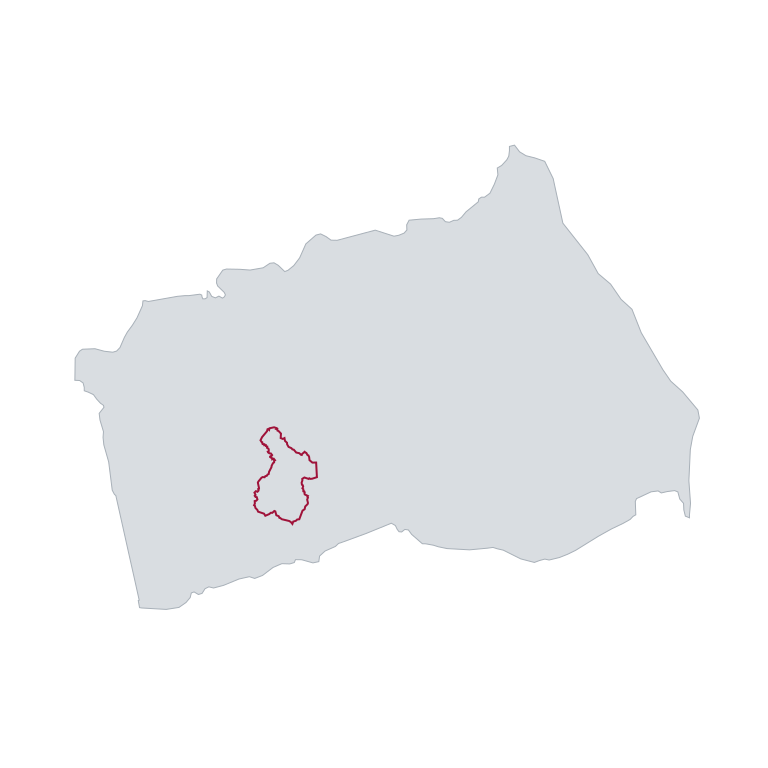 location of West Gonja, Northern, Ghana, rotated 258°
{"feature_id": "2480657B54445116346139", "entity_name": "West Gonja", "entity_type": "district", "adm_level": 2, "iso_a3": "GHA", "parent_name": "Ghana", "parent_adm1": "Northern", "projection": "mercator", "projection_center": [-1.753, 9.223], "detail": "medium", "context": "in_parent", "style": "outline", "palette": "rose", "viewbox_px": 768, "rotation_deg": 258, "n_neighbors": 0, "source": "geoboundaries", "source_scale": "gbopen_adm2", "svg_char_len": 4557}
<svg xmlns="http://www.w3.org/2000/svg" viewBox="0 0 768 768"><g transform="rotate(258 384 384)"><path d="M473.5,87.3L479.4,93.0L480.7,96.3L478.6,108.6L474.2,117.2L471.5,125.3L471.8,129.3L474.5,133.3L483.5,139.7L488.2,143.8L493.7,150.0L500.0,156.1L510.8,164.0L515.4,165.5L515.2,167.7L513.7,170.7L512.7,200.2L511.8,207.8L511.0,211.6L510.1,222.6L508.9,224.2L506.9,224.1L505.0,224.5L504.5,226.7L505.3,228.9L511.8,230.5L510.4,232.2L505.5,233.7L503.3,237.0L504.3,240.8L501.6,243.8L502.4,245.9L504.1,247.4L506.8,246.8L514.4,241.7L517.6,241.2L521.6,242.2L528.9,250.0L529.2,253.8L526.2,266.7L523.3,276.7L522.8,290.0L525.8,297.5L525.4,301.6L522.1,305.2L514.6,310.3L515.2,313.8L518.6,320.4L524.9,327.7L537.3,336.7L543.8,348.4L544.0,353.2L540.2,358.0L535.7,362.1L534.3,368.1L536.3,407.4L526.5,424.5L526.4,429.4L527.4,435.0L529.9,438.4L535.0,439.3L539.0,442.6L537.6,454.6L535.4,466.8L535.1,472.7L533.9,475.5L530.0,477.8L528.6,481.6L529.6,486.4L528.9,489.9L530.9,494.4L535.4,500.1L542.6,514.1L545.3,515.2L546.5,518.2L545.8,521.1L548.6,527.3L556.5,533.5L564.9,538.9L571.7,539.7L573.3,544.5L577.7,550.7L580.9,553.4L586.1,555.2L590.3,556.1L590.5,561.3L582.9,564.9L577.8,570.3L573.8,578.5L568.4,587.5L549.7,592.2L542.5,592.2L504.1,592.4L468.1,610.2L447.4,616.5L434.6,626.4L417.5,633.5L405.5,642.1L380.6,646.3L339.9,659.8L327.1,665.1L314.2,674.5L293.3,685.6L285.0,685.4L268.6,675.1L256.2,670.0L226.0,662.1L203.5,659.0L192.6,655.6L189.6,655.0L192.1,651.3L198.4,651.1L205.0,652.2L210.0,649.4L217.4,649.0L219.3,646.1L219.9,638.6L219.8,632.6L222.4,629.9L223.0,622.9L219.4,607.2L216.9,605.4L203.7,603.1L202.7,600.0L200.4,596.7L197.9,588.7L195.0,576.6L190.4,561.7L181.5,537.0L179.3,528.3L177.8,519.5L177.5,508.9L179.3,504.9L179.0,499.4L178.2,494.0L184.5,481.4L196.7,466.1L199.3,460.5L201.5,456.6L201.9,451.1L204.0,433.2L209.9,411.5L213.5,403.3L216.0,398.9L219.0,391.6L219.8,388.3L231.1,379.8L236.2,377.5L237.4,374.1L235.6,370.5L236.4,368.0L239.1,366.7L243.2,365.7L246.3,362.2L241.5,335.4L237.7,308.7L237.5,306.4L235.2,302.7L232.9,291.7L229.1,285.2L223.8,283.3L223.8,277.3L229.2,267.0L230.6,260.9L228.0,259.1L227.6,254.4L229.5,246.8L228.6,242.1L227.6,237.2L222.0,225.4L220.7,217.1L223.5,212.3L223.4,201.6L220.4,185.2L219.9,174.9L222.0,170.5L221.0,166.4L217.0,162.5L216.7,158.7L220.1,155.0L219.7,152.1L215.4,150.0L211.5,145.0L208.1,137.0L208.8,124.1L215.3,100.4L216.1,98.4L223.3,98.6L223.4,99.6L246.0,99.4L271.8,99.1L302.7,98.8L330.7,98.5L332.0,97.4L336.6,96.1L365.0,98.5L382.7,97.3L390.2,98.1L395.7,99.7L407.9,98.7L414.5,99.3L419.4,105.2L421.4,105.2L424.1,102.7L429.0,99.8L434.0,97.6L437.6,92.9L439.7,89.4L443.0,90.1L447.6,89.9L450.7,87.0L451.9,82.4L473.5,87.3Z" fill="#d9dde1" stroke="#a8b0b8" stroke-width="1"/><path d="M269.3,273.0L277.1,278.0L278.0,280.3L280.6,281.5L282.4,284.3L283.4,284.9L286.9,284.8L288.7,286.0L289.5,285.6L290.3,286.3L292.5,283.5L294.1,283.5L294.5,283.9L295.6,283.7L295.9,282.8L297.9,283.2L298.9,282.5L300.5,283.6L301.9,283.5L302.5,282.8L304.6,282.9L306.6,284.1L308.2,284.3L309.1,286.7L306.8,290.6L307.3,291.3L306.5,292.3L306.3,294.0L306.8,299.0L321.3,301.3L322.0,297.6L325.0,295.3L328.2,295.6L329.9,295.2L330.4,294.4L332.8,293.7L333.2,292.9L334.2,292.3L332.4,289.1L331.7,288.8L332.0,288.1L333.9,286.8L335.2,283.9L338.5,282.1L339.1,280.8L340.5,280.1L342.3,277.6L345.1,276.7L346.7,276.9L349.0,275.3L351.8,275.4L351.3,273.6L352.6,271.7L356.9,272.9L359.9,271.1L360.6,270.1L362.0,270.2L362.3,269.5L362.7,270.2L363.1,269.9L364.5,267.5L364.5,262.8L363.0,262.1L364.0,261.4L364.0,260.7L362.1,259.7L357.4,253.7L354.6,251.5L352.2,252.4L352.2,252.8L350.5,252.8L350.0,254.4L349.0,254.2L348.8,255.7L347.8,255.6L347.1,256.8L345.9,256.3L344.8,257.5L343.6,257.6L341.7,257.1L341.8,256.3L341.2,256.4L340.1,257.4L339.2,259.6L339.2,259.1L337.7,259.8L337.0,259.0L337.0,258.0L336.5,257.4L336.2,257.4L334.6,259.0L333.8,259.0L334.2,259.7L333.5,260.1L333.7,260.7L332.1,261.5L331.8,260.6L330.2,260.2L329.6,258.9L327.4,257.1L326.0,256.6L322.0,253.3L319.9,252.5L319.6,251.2L318.6,250.3L318.5,248.7L317.6,247.8L318.2,246.0L317.8,244.7L314.7,240.8L313.7,240.1L308.1,240.1L307.5,239.9L307.4,239.1L305.8,239.1L304.9,237.8L305.8,236.4L304.7,234.7L302.2,235.3L301.5,234.3L300.2,234.9L299.8,236.0L297.4,236.2L296.4,234.8L296.4,233.2L293.8,232.8L292.4,231.7L291.7,232.4L289.4,232.5L287.3,233.9L285.3,234.3L282.1,239.7L279.8,240.5L280.6,244.6L281.6,246.6L281.2,248.0L282.6,250.3L282.0,251.2L278.0,251.4L276.6,253.5L274.8,253.9L274.7,254.5L273.0,255.9L269.7,262.8L268.3,264.2L266.2,265.3L268.3,266.6L268.5,269.3L269.5,270.9L269.3,273.0Z" fill="none" stroke="#9f1239" stroke-width="2"/></g></svg>